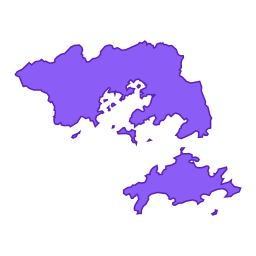 outline of Angra dos Reis, Rio de Janeiro, Brazil
{"feature_id": "56859067B69907302003048", "entity_name": "Angra dos Reis", "entity_type": "district", "adm_level": 2, "iso_a3": "BRA", "parent_name": "Brazil", "parent_adm1": "Rio de Janeiro", "projection": "orthographic", "projection_center": [-44.33, -23.032], "detail": "fine", "context": "isolated", "style": "filled", "palette": "violet", "viewbox_px": 256, "rotation_deg": 0, "n_neighbors": 0, "source": "geoboundaries", "source_scale": "gbopen_adm2", "svg_char_len": 5893}
<svg xmlns="http://www.w3.org/2000/svg" viewBox="0 0 256 256"><path d="M148.6,43.5L146.8,44.9L146.6,42.5L144.8,41.1L142.1,43.2L139.4,42.6L138.4,44.2L125.5,49.9L121.8,50.2L117.5,47.7L114.2,48.8L113.0,48.2L112.4,46.0L110.0,45.0L107.0,45.6L105.0,46.5L100.6,51.6L100.6,54.0L98.6,56.8L95.5,58.4L92.8,58.6L89.2,61.7L87.9,61.9L86.5,61.9L85.0,58.3L82.8,57.4L82.5,54.6L81.2,53.9L82.6,50.2L81.8,47.5L79.4,45.1L74.5,45.4L70.7,47.2L64.9,53.4L61.0,54.4L56.9,57.2L54.9,59.4L54.8,62.1L50.3,63.3L45.6,61.2L44.3,61.7L41.5,59.4L39.7,61.0L35.3,61.7L31.6,64.8L29.1,62.7L22.2,69.4L17.4,71.6L15.4,74.3L16.0,75.5L19.3,76.7L23.3,86.5L26.4,85.9L29.3,88.3L34.0,90.0L40.9,90.0L42.0,91.3L47.1,93.4L49.2,96.5L48.2,100.5L50.6,102.5L51.9,101.5L54.7,106.7L54.1,110.1L55.4,110.8L55.2,114.1L54.8,115.6L53.7,116.7L55.0,117.3L54.0,118.4L54.0,119.9L54.4,122.9L55.5,124.0L58.1,124.4L60.6,122.8L61.4,124.9L64.1,125.6L69.3,125.4L70.3,126.7L77.2,122.5L80.9,116.6L82.9,116.6L85.7,118.6L88.8,117.4L89.9,118.7L90.3,120.9L92.4,120.7L93.3,121.7L95.3,126.6L98.8,123.0L97.5,122.4L95.5,119.2L96.5,116.0L101.4,112.9L102.7,113.3L103.5,112.3L102.1,111.0L97.9,111.7L97.5,110.1L99.2,108.4L99.9,104.4L101.2,103.6L99.0,101.7L100.1,97.3L102.6,96.5L102.8,94.9L105.2,91.1L109.0,87.6L110.1,88.2L110.0,89.7L108.9,90.4L108.1,92.4L109.6,92.8L110.8,92.0L114.1,91.9L114.9,94.4L115.6,91.1L117.0,92.3L119.7,92.5L123.0,95.0L119.8,99.8L121.1,100.8L122.1,99.0L123.2,99.6L124.6,98.6L124.6,96.8L125.5,95.3L127.4,95.7L129.7,93.7L131.0,94.3L132.1,93.0L133.7,92.8L133.4,91.2L134.6,88.7L131.6,88.4L130.3,87.5L128.8,87.9L126.8,90.3L126.1,86.0L129.6,83.3L128.3,82.3L130.6,79.8L133.7,82.4L135.7,79.7L139.2,79.1L139.9,80.5L141.9,81.1L143.6,83.0L145.3,83.4L145.0,84.9L146.5,85.0L145.8,87.7L140.9,90.0L140.3,91.1L140.3,92.6L141.6,91.9L143.2,93.5L140.4,94.6L140.5,97.7L141.9,98.6L143.4,96.3L146.5,96.0L147.2,94.5L151.4,94.6L152.0,95.8L153.7,94.4L155.0,95.0L152.2,97.6L150.0,104.6L148.1,106.8L146.8,107.2L144.3,105.9L143.2,107.0L144.5,110.4L143.5,111.5L141.9,111.4L138.6,109.4L136.6,109.5L133.0,112.8L131.5,115.7L131.9,117.1L130.4,118.0L129.5,121.5L130.9,122.2L131.4,123.6L133.1,123.4L134.6,124.1L134.6,127.1L139.0,123.5L140.4,124.3L144.1,122.6L143.6,120.7L144.5,119.9L146.1,120.0L147.3,118.7L148.8,119.6L148.7,117.5L154.5,115.2L156.2,118.3L154.0,121.3L153.3,123.5L154.2,124.6L156.1,125.0L159.1,124.3L160.1,121.4L161.5,120.3L163.3,120.4L165.6,117.5L166.0,115.9L167.4,114.9L168.8,114.3L171.0,116.6L174.6,113.3L176.0,113.2L179.3,114.3L184.2,119.7L186.7,118.5L187.7,120.3L186.1,122.9L183.5,123.6L181.1,126.3L181.3,127.8L179.8,128.6L178.5,132.2L175.9,135.3L177.3,135.6L178.4,137.6L181.3,138.6L191.8,133.8L195.8,130.7L198.8,132.1L198.5,137.3L202.4,137.0L202.5,135.6L203.7,134.1L204.8,135.4L207.3,135.2L208.1,134.0L206.2,131.9L206.1,130.5L207.9,128.6L210.6,128.1L210.6,120.1L211.6,118.2L209.8,114.9L207.8,106.9L205.3,104.8L205.4,101.4L201.3,90.9L201.6,87.0L199.7,81.4L190.8,83.1L186.5,81.5L182.3,77.1L180.2,76.1L179.4,75.0L181.0,71.0L179.5,69.9L181.3,67.6L181.1,63.3L181.6,60.4L183.4,57.4L183.2,55.8L180.4,55.8L178.1,54.6L176.2,49.5L171.8,45.6L168.6,45.9L166.0,44.6L163.7,44.5L162.9,43.0L161.3,43.7L160.3,43.0L156.9,44.1L155.4,47.2L153.8,47.9L153.1,45.5L151.4,45.1L150.5,43.7L148.6,43.5ZM181.4,151.1L181.0,154.4L179.9,155.4L174.0,158.0L176.4,159.6L175.6,162.9L171.7,165.0L165.9,166.2L165.9,169.2L164.2,169.7L162.2,172.5L162.2,174.3L159.1,174.6L158.8,173.1L157.3,172.9L156.5,171.8L157.5,168.6L157.0,165.5L153.3,167.6L151.3,169.7L149.9,172.8L150.2,174.4L148.4,174.2L145.3,175.9L146.8,177.4L146.7,179.2L145.0,182.3L141.6,183.1L138.6,182.5L134.9,185.2L132.7,185.1L131.0,187.1L127.6,187.6L123.7,190.2L123.6,193.3L126.1,195.1L129.5,193.8L131.5,198.3L133.0,198.2L134.1,196.7L135.6,196.1L136.3,194.7L137.5,194.4L138.8,199.1L135.2,205.0L134.3,208.3L134.6,210.1L138.3,211.1L137.2,213.7L141.3,213.4L141.4,210.0L143.0,206.6L145.8,204.2L148.6,199.2L148.3,196.5L150.8,194.3L155.7,192.8L158.7,192.5L166.3,193.7L168.9,196.9L169.1,199.0L170.5,199.4L173.4,198.1L174.7,198.7L175.5,201.4L172.8,202.9L172.6,204.1L173.7,205.1L175.3,205.2L178.3,203.3L182.4,202.9L185.7,201.3L192.7,199.9L196.9,201.4L197.8,204.1L200.3,202.0L202.8,201.3L203.6,199.8L201.0,198.5L200.5,196.9L201.3,195.2L203.0,194.1L204.9,194.1L209.3,195.3L211.3,191.8L217.7,189.2L223.1,188.7L226.1,190.2L227.6,192.1L227.5,194.2L225.1,196.9L230.8,196.4L233.4,194.0L239.3,191.7L240.6,188.0L234.3,186.6L230.9,182.8L231.3,180.1L229.0,182.0L221.3,184.4L221.4,182.5L223.5,178.8L222.0,179.1L221.0,176.1L226.8,169.2L226.4,167.2L218.3,169.3L218.1,170.8L216.4,173.0L215.5,173.9L214.1,173.6L214.5,175.1L213.5,176.3L210.8,176.9L208.7,174.9L208.8,172.9L207.8,171.0L209.0,167.7L208.3,166.3L206.6,166.0L201.8,167.7L197.3,167.7L195.5,166.5L193.3,162.0L192.4,163.2L189.1,162.0L189.4,160.7L191.1,160.0L194.5,160.1L196.2,161.4L198.0,161.2L199.1,159.7L198.3,158.3L195.4,157.1L192.1,157.5L192.0,154.8L189.1,153.6L182.5,153.9L181.4,151.1ZM126.4,131.3L124.6,127.7L123.0,127.9L119.1,131.5L117.4,131.7L118.1,133.8L125.9,133.5L129.8,134.4L132.3,138.7L131.7,140.1L133.2,142.4L135.8,142.8L136.3,144.0L136.7,142.0L134.5,140.4L134.3,138.5L134.4,136.9L135.5,136.1L134.9,134.5L135.4,131.0L131.6,129.7L130.7,131.1L128.5,131.7L126.4,131.3ZM77.9,133.4L72.8,135.6L71.9,137.3L73.2,138.1L76.0,136.7L77.9,133.4ZM212.9,214.9L216.2,213.8L217.1,210.5L215.4,210.0L215.4,211.9L211.9,213.8L212.9,214.9ZM112.2,106.6L115.3,104.7L113.5,103.3L112.2,103.6L111.4,105.2L112.2,106.6ZM181.4,151.1L183.1,149.5L184.1,147.9L181.6,148.0L180.6,149.5L181.4,151.1ZM139.5,87.1L140.2,85.4L138.7,84.6L137.2,86.5L138.3,87.9L139.5,87.1ZM104.3,101.6L108.0,99.6L104.1,100.1L104.3,101.6ZM113.7,127.6L114.2,126.0L113.0,125.8L112.4,127.9L113.7,127.6ZM108.7,108.7L108.6,110.6L109.8,110.6L109.9,109.1L108.7,108.7ZM148.1,140.9L150.9,140.2L149.4,139.3L148.1,140.9ZM108.7,108.7L108.8,106.6L107.4,108.0L108.7,108.7ZM77.9,133.4L79.4,133.2L79.8,131.8L77.9,133.4Z" fill="#8b5cf6" stroke="#5b21b6" stroke-width="1.5"/></svg>